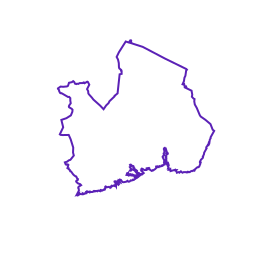 Sokndal nor, Rogaland, Norway (orthographic projection), rotated 318°
{"feature_id": "86288312B30341713179901", "entity_name": "Sokndal nor", "entity_type": "district", "adm_level": 2, "iso_a3": "NOR", "parent_name": "Norway", "parent_adm1": "Rogaland", "projection": "orthographic", "projection_center": [6.294, 58.377], "detail": "fine", "context": "isolated", "style": "outline", "palette": "violet", "viewbox_px": 256, "rotation_deg": 318, "n_neighbors": 0, "source": "geoboundaries", "source_scale": "gbopen_adm2", "svg_char_len": 5893}
<svg xmlns="http://www.w3.org/2000/svg" viewBox="0 0 256 256"><g transform="rotate(318 128 128)"><path d="M45.5,143.2L46.7,143.5L45.8,143.8L46.2,144.1L45.3,143.9L45.2,144.2L45.5,144.5L46.8,144.7L46.7,144.3L47.7,144.0L47.6,144.5L48.2,145.0L48.3,144.7L48.4,145.2L50.1,147.1L50.4,147.1L50.7,146.6L51.0,147.5L51.5,147.7L51.4,147.2L53.1,148.1L53.0,148.4L53.5,148.7L54.0,148.4L53.5,148.2L54.1,148.2L54.3,147.5L55.1,147.9L55.0,148.2L55.3,147.9L55.7,148.6L55.4,148.8L56.2,149.5L56.3,149.9L56.8,149.7L57.0,150.3L57.4,150.2L57.5,150.6L58.7,151.7L60.1,152.3L60.1,151.9L60.5,151.9L61.1,152.5L60.7,152.7L60.8,152.9L62.9,154.0L62.9,154.5L64.1,154.7L64.7,155.8L66.1,155.7L66.2,156.0L65.9,156.6L66.5,156.6L66.7,157.0L67.1,156.9L67.2,157.3L69.3,158.0L69.3,157.6L69.7,157.6L69.7,158.0L70.9,157.5L71.6,156.5L72.2,156.4L72.4,156.8L71.9,157.1L71.9,157.5L74.5,159.0L74.7,160.4L75.9,160.1L75.9,160.5L76.5,160.3L76.7,159.7L76.7,160.3L77.3,160.1L77.5,160.8L78.5,161.0L78.9,161.7L79.3,161.7L79.3,161.4L80.1,161.7L79.9,162.3L80.3,162.3L80.1,163.3L81.2,162.1L81.3,161.5L81.6,161.5L81.5,160.9L82.1,160.3L82.0,158.9L82.2,158.7L82.8,158.9L82.9,159.6L82.4,159.7L82.0,162.0L82.3,162.5L82.9,162.6L82.9,163.8L83.7,163.7L83.6,162.0L83.0,162.0L83.2,160.0L84.5,160.4L84.4,161.2L85.3,160.7L85.1,161.9L85.6,162.9L85.7,162.3L86.5,161.9L86.3,160.7L86.9,160.7L86.9,161.4L87.5,161.0L88.0,161.8L87.7,164.4L88.5,165.4L90.7,166.7L92.3,166.9L92.3,168.1L93.3,168.8L95.1,168.8L95.3,169.3L96.9,170.1L96.9,169.7L97.1,169.7L97.1,170.1L99.5,170.7L100.1,170.7L100.1,170.2L101.1,171.0L101.9,171.1L102.0,169.5L101.0,169.1L101.2,168.5L100.6,168.6L100.2,167.1L98.5,165.3L98.3,164.3L96.7,163.9L96.4,162.8L95.5,161.9L97.1,161.0L97.8,161.4L96.6,162.1L97.4,162.7L97.0,162.7L97.2,163.2L98.5,163.7L98.8,164.6L100.0,165.2L100.9,167.1L100.7,167.7L101.1,167.8L101.1,168.1L102.9,168.9L102.6,169.1L102.9,169.6L102.8,170.2L102.0,170.5L102.1,170.9L102.4,170.9L102.6,170.4L103.4,171.2L103.8,171.2L103.8,170.8L104.4,171.0L104.1,169.8L104.2,169.4L104.5,163.9L103.4,161.5L101.8,161.6L101.9,161.2L101.3,160.9L102.9,160.5L103.2,158.3L104.4,158.5L105.0,155.9L105.1,157.5L105.6,157.5L105.7,158.7L106.5,159.9L106.2,160.7L105.6,160.9L105.8,161.8L104.7,162.2L105.5,162.9L106.1,165.8L105.2,166.4L105.4,167.9L106.0,168.8L106.0,170.0L106.4,170.4L106.5,171.3L107.3,171.2L107.4,171.9L109.5,172.0L109.5,169.8L109.3,168.7L109.8,168.6L109.8,168.2L110.8,168.6L110.9,167.4L111.1,167.4L111.6,168.4L111.7,169.2L112.1,170.3L113.7,171.6L115.0,171.3L115.1,171.6L115.4,171.5L115.1,171.3L115.3,170.8L115.0,170.3L115.5,170.0L115.3,170.3L116.0,172.2L115.8,171.1L116.9,171.7L116.9,172.1L116.3,172.3L116.2,172.8L116.4,172.9L116.4,173.6L116.9,175.7L118.1,175.9L118.1,176.3L120.7,176.7L122.3,176.6L123.0,175.6L123.6,176.3L123.6,175.9L124.0,175.9L124.1,177.1L125.3,177.2L125.3,177.6L125.9,177.6L125.9,178.0L128.3,179.2L128.9,179.2L128.8,178.8L130.7,179.6L131.2,178.5L132.0,178.5L131.8,177.7L132.7,177.3L132.7,176.7L133.5,176.1L133.7,174.7L134.4,172.6L136.8,171.9L137.1,171.7L137.5,170.7L138.9,170.6L139.5,169.8L139.5,169.4L140.1,169.0L140.2,168.1L141.5,166.7L141.3,167.0L142.0,167.3L141.9,167.8L142.4,168.4L140.7,171.9L140.8,172.9L140.4,173.8L139.5,173.8L139.1,173.1L138.9,173.7L137.3,173.8L137.3,174.7L136.5,174.8L136.1,175.4L136.1,176.2L136.2,175.8L136.4,175.9L135.8,176.7L134.3,176.9L134.8,177.7L134.4,178.6L132.6,179.3L132.6,180.2L132.9,179.9L134.4,180.6L134.1,181.3L133.2,181.2L133.0,182.1L133.2,182.4L132.5,182.6L132.7,183.2L132.0,183.2L131.6,184.4L130.8,184.8L131.1,185.0L130.8,185.2L130.9,185.7L130.3,186.1L130.7,186.3L130.6,186.6L130.8,186.8L131.9,186.9L130.8,188.5L135.1,190.6L135.0,190.8L135.3,190.8L135.3,191.3L135.8,191.7L134.9,191.9L134.8,193.1L134.4,193.9L136.3,194.8L136.4,195.6L138.3,195.6L138.3,196.5L138.6,197.7L139.8,198.0L141.5,199.5L141.7,200.1L142.9,200.4L142.9,201.0L143.5,201.0L144.3,202.1L145.7,202.2L147.1,202.8L147.3,203.3L148.9,203.4L149.0,204.1L150.4,203.5L153.4,203.6L154.2,204.3L155.1,204.3L157.8,203.0L158.1,202.3L158.7,202.3L158.7,201.7L159.1,201.7L159.1,201.1L161.0,200.4L163.5,200.3L164.5,199.7L164.5,199.3L166.8,198.4L168.1,197.3L172.8,195.7L172.8,195.1L173.5,194.6L176.3,194.1L176.6,193.1L176.7,194.0L177.3,193.6L177.1,194.3L177.9,194.0L181.0,191.4L182.6,190.9L183.1,190.2L190.1,187.8L189.8,185.9L191.9,180.3L191.0,173.7L189.7,168.1L190.0,166.3L192.5,159.2L193.4,155.2L195.1,152.5L196.8,151.0L196.4,149.9L196.4,147.5L198.0,146.3L200.2,142.8L197.6,136.4L198.7,136.5L198.9,135.8L197.7,135.4L199.0,133.1L198.4,133.0L197.8,132.0L200.8,130.7L203.6,128.4L205.6,127.6L209.7,124.2L210.8,124.1L210.8,123.2L202.0,101.3L193.2,77.5L186.9,66.7L187.6,66.6L187.6,66.2L188.8,65.3L188.9,64.9L188.4,64.4L185.8,65.0L184.2,62.2L172.0,65.6L167.1,67.6L166.4,70.4L164.6,73.6L162.0,76.7L161.4,77.9L161.8,80.3L161.5,81.1L161.1,81.0L160.9,81.9L159.5,83.5L157.7,82.5L143.4,95.3L139.5,95.1L139.2,95.5L132.1,95.7L130.2,96.5L126.9,96.6L122.4,97.7L122.3,92.8L121.3,83.7L121.5,81.2L121.5,76.7L121.7,75.7L123.1,73.9L123.6,71.7L128.2,69.9L129.0,66.9L128.7,66.3L125.8,65.7L125.9,65.0L125.4,64.4L124.8,64.6L122.0,62.2L120.6,62.0L119.7,60.9L119.0,60.8L118.3,59.7L118.8,57.8L118.6,56.5L117.0,56.4L114.4,54.9L111.7,56.5L110.5,56.3L107.4,54.0L105.6,52.1L102.4,51.7L102.2,51.9L102.1,53.8L101.6,54.3L101.0,56.4L101.4,57.4L101.9,57.6L104.2,64.8L105.1,65.5L105.1,67.2L103.4,69.1L102.0,71.3L99.3,71.9L98.3,72.6L98.1,73.2L99.0,76.0L99.0,77.3L97.5,78.7L94.0,80.4L88.8,79.5L83.9,77.4L80.3,84.1L73.1,87.1L73.3,88.0L74.7,89.5L79.3,93.5L77.8,98.1L74.2,105.9L70.7,109.5L69.3,112.2L63.9,113.1L62.3,112.4L60.3,112.3L58.1,111.3L57.4,113.2L57.5,113.8L57.9,113.7L58.9,114.8L59.0,115.5L56.2,117.3L56.9,118.3L56.3,118.9L56.7,120.2L56.1,121.5L56.6,122.2L56.2,125.8L56.3,127.1L56.7,128.9L57.1,129.4L56.3,131.9L56.6,132.5L55.9,133.0L54.3,132.7L53.8,132.9L53.5,134.0L53.7,134.6L53.8,135.8L54.9,137.8L54.9,139.1L52.0,138.6L50.9,139.2L50.7,140.2L49.6,141.7L45.5,143.2Z" fill="none" stroke="#5b21b6" stroke-width="2"/></g></svg>